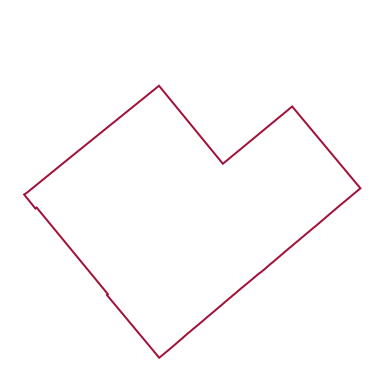 Lincoln, Nevada, United States of America (orthographic projection), rotated 50°
{"feature_id": "52423323B70783042425825", "entity_name": "Lincoln", "entity_type": "district", "adm_level": 2, "iso_a3": "USA", "parent_name": "United States of America", "parent_adm1": "Nevada", "projection": "orthographic", "projection_center": [-114.284, 37.76], "detail": "fine", "context": "isolated", "style": "outline", "palette": "rose", "viewbox_px": 384, "rotation_deg": 50, "n_neighbors": 0, "source": "geoboundaries", "source_scale": "gbopen_adm2", "svg_char_len": 812}
<svg xmlns="http://www.w3.org/2000/svg" viewBox="0 0 384 384"><g transform="rotate(50 192 192)"><path d="M297.9,301.1L297.7,288.5L297.7,288.1L297.6,286.3L297.7,281.9L297.6,280.1L297.7,276.4L297.7,267.6L297.6,260.5L297.6,260.4L297.6,259.1L297.6,248.0L297.6,241.2L297.5,239.3L297.5,233.4L297.5,230.6L297.5,229.1L297.4,227.0L297.5,226.9L297.4,216.2L297.4,214.4L297.5,209.9L297.5,194.2L297.5,192.7L297.7,191.4L297.8,185.0L297.7,183.0L297.6,178.9L297.7,174.8L297.5,157.8L297.5,136.4L297.5,121.9L297.6,119.8L297.4,99.7L297.3,86.1L297.4,79.8L297.4,79.2L297.4,75.6L297.4,60.6L285.2,60.6L284.5,60.6L190.9,60.3L190.2,150.2L89.4,149.0L87.3,260.1L86.4,319.4L86.0,322.2L104.0,322.6L104.0,321.0L216.2,322.1L216.2,323.4L284.7,323.6L297.9,323.7L298.0,307.2L297.9,301.1Z" fill="none" stroke="#9f1239" stroke-width="2"/></g></svg>